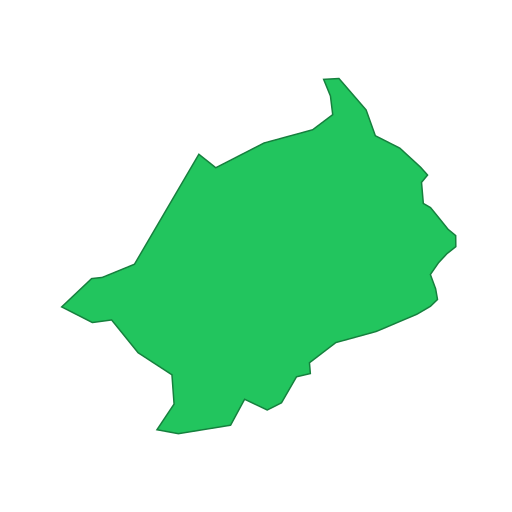 Librazhd, Elbasan, Albania (Albers equal-area conic projection), rotated 80°
{"feature_id": "67620474B87569046172350", "entity_name": "Librazhd", "entity_type": "district", "adm_level": 2, "iso_a3": "ALB", "parent_name": "Albania", "parent_adm1": "Elbasan", "projection": "albers", "projection_center": [20.392, 41.155], "detail": "fine", "context": "isolated", "style": "filled", "palette": "green", "viewbox_px": 512, "rotation_deg": 80, "n_neighbors": 0, "source": "geoboundaries", "source_scale": "gbopen_adm2", "svg_char_len": 727}
<svg xmlns="http://www.w3.org/2000/svg" viewBox="0 0 512 512"><g transform="rotate(80 256 256)"><path d="M174.8,95.6L158.3,117.6L131.3,122.2L95.6,143.5L93.8,158.7L111.3,154.9L130.1,155.9L141.5,178.3L146.1,228.4L162.1,280.3L145.9,294.6L243.0,377.1L250.4,411.1L249.7,421.8L272.4,456.2L293.1,428.7L293.9,409.3L330.8,388.9L358.4,359.4L387.6,362.4L409.9,383.7L417.5,363.3L418.2,310.4L395.1,292.1L409.6,271.7L405.0,256.4L382.0,237.1L381.2,222.9L370.4,221.9L355.1,192.4L351.2,150.7L341.2,107.4L335.8,92.9L330.3,84.8L319.5,84.8L304.5,87.5L294.4,77.5L286.9,67.6L281.5,57.6L270.6,55.8L263.1,62.2L251.6,68.5L238.7,75.7L233.3,82.1L212.2,80.2L206.1,73.0L197.3,78.4L174.8,95.6Z" fill="#22c55e" stroke="#15803d" stroke-width="1.5"/></g></svg>